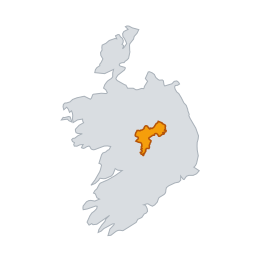 Offaly highlighted on a map of Ireland, rotated 344°
{"feature_id": "IRL-716", "entity_name": "Offaly", "entity_type": "County", "adm_level": 1, "iso_a3": "IRL", "parent_name": "Ireland", "parent_adm1": "", "projection": "mercator", "projection_center": [-7.645, 53.14], "detail": "fine", "context": "in_parent", "style": "filled", "palette": "amber", "viewbox_px": 256, "rotation_deg": 344, "n_neighbors": 0, "source": "natural_earth", "source_scale": "10m", "svg_char_len": 6685}
<svg xmlns="http://www.w3.org/2000/svg" viewBox="0 0 256 256"><g transform="rotate(344 128 128)"><path d="M157.8,44.1L153.0,47.5L152.3,48.8L151.0,53.9L150.8,55.4L147.8,61.1L146.1,62.2L143.6,63.1L142.2,64.1L140.4,63.6L138.1,63.7L137.0,64.7L137.0,65.5L137.7,66.4L141.9,69.0L141.7,70.1L140.5,71.3L132.9,74.4L130.7,76.2L129.9,77.4L130.7,79.4L136.7,85.5L137.8,86.2L138.6,89.7L144.0,91.2L146.1,93.4L148.0,93.9L152.1,93.7L153.7,94.5L154.6,93.9L155.1,92.7L159.7,88.5L158.3,85.2L162.9,79.7L164.1,79.8L166.3,81.5L168.1,83.8L168.6,87.0L170.3,89.7L171.4,90.7L174.3,91.3L175.0,92.4L174.5,96.4L174.9,97.7L182.4,97.6L185.3,95.9L187.9,96.2L189.2,98.0L189.7,99.9L187.5,100.6L185.2,100.2L184.1,101.4L184.0,103.8L184.8,106.8L186.3,108.9L187.6,113.7L188.6,119.1L190.2,122.3L190.5,126.3L190.3,128.2L190.6,131.7L189.9,132.9L190.4,136.2L193.1,146.8L193.6,155.0L192.3,158.1L190.5,161.0L189.4,164.4L188.5,168.1L187.9,174.1L184.1,181.0L182.4,182.8L180.5,183.8L184.7,188.7L181.3,190.9L177.6,191.5L173.5,190.3L170.9,190.5L167.7,193.0L166.9,192.5L165.4,188.6L164.3,192.7L161.9,194.0L157.9,193.7L151.1,194.8L148.5,195.9L147.4,197.8L146.6,199.9L145.6,201.1L144.4,201.8L139.2,203.3L138.1,203.9L135.7,207.3L132.5,209.3L129.9,209.9L127.6,207.9L126.6,206.7L125.5,206.1L122.0,206.2L123.1,206.8L123.8,208.2L124.2,210.9L123.8,213.5L122.0,214.8L119.9,215.1L116.6,217.8L112.2,218.5L109.8,221.0L95.3,225.2L94.4,225.2L92.4,224.2L90.3,223.7L88.1,224.0L82.0,226.4L79.1,225.9L82.8,220.1L87.9,217.1L88.4,216.3L86.7,215.9L77.1,218.0L73.8,219.7L70.5,220.2L72.0,217.6L76.3,213.9L80.0,211.5L81.6,209.4L86.2,206.9L71.6,211.9L67.7,211.3L66.8,209.9L63.8,210.6L62.7,207.2L67.1,202.0L69.7,199.8L72.8,198.6L75.7,196.9L76.8,194.8L75.4,194.1L66.6,194.6L62.4,194.2L62.6,192.5L63.4,190.6L67.7,187.5L70.1,187.0L72.2,187.3L76.0,189.1L81.0,188.5L78.9,186.5L78.5,182.4L76.9,181.0L79.0,179.0L81.3,177.9L85.2,173.9L86.5,173.3L94.2,172.3L102.5,170.2L110.7,167.3L106.5,165.7L104.5,163.5L101.2,167.9L98.9,169.5L92.3,170.4L90.2,169.9L87.3,168.6L86.4,169.1L85.5,170.1L81.2,172.2L76.6,172.8L81.9,168.9L88.7,162.3L90.2,160.2L92.3,156.5L91.7,154.9L90.3,154.0L95.2,146.5L96.9,145.1L100.0,144.9L102.4,143.7L103.4,143.7L104.3,143.2L106.3,141.0L103.2,139.5L100.0,138.8L90.0,139.6L88.7,139.4L87.5,138.7L86.7,137.7L86.1,135.1L85.4,134.6L83.1,134.6L80.9,135.3L79.4,135.3L77.8,134.1L80.3,131.5L77.1,130.9L74.0,131.4L71.4,130.6L71.3,128.9L72.5,127.3L70.9,125.7L70.6,123.7L72.2,122.8L74.1,123.1L77.8,121.6L82.5,120.9L78.4,119.5L76.8,118.2L76.7,116.3L77.1,114.7L81.8,111.9L86.8,110.7L86.4,108.9L86.8,106.9L81.7,106.3L76.7,107.7L77.2,103.9L78.4,100.5L78.7,98.3L78.4,95.9L76.1,96.9L75.8,93.5L74.8,91.1L71.3,92.8L71.4,89.7L72.4,87.5L74.2,86.6L76.0,87.0L79.4,86.9L82.6,85.3L87.3,84.9L94.7,85.4L99.8,90.0L101.1,89.2L103.2,86.3L104.1,86.0L111.8,87.2L116.6,88.9L117.9,88.4L117.2,85.1L115.5,82.9L117.6,80.0L120.1,78.0L121.8,77.0L125.7,75.8L127.4,74.6L128.5,70.8L130.3,67.7L120.5,69.3L111.3,65.6L112.8,62.9L114.7,61.4L118.1,60.3L118.4,58.9L120.1,57.7L122.9,54.7L121.9,50.8L122.4,47.9L124.5,46.0L125.1,43.2L126.0,41.2L130.1,40.5L134.1,38.7L140.2,38.4L141.8,39.2L141.4,35.9L144.3,35.4L145.4,36.1L145.9,38.4L147.2,39.9L147.6,42.5L146.8,44.5L145.3,46.0L146.6,47.6L144.6,50.4L146.8,49.2L150.0,46.5L149.8,44.2L149.3,41.3L148.4,38.7L148.8,35.9L150.6,34.1L155.3,33.2L153.4,29.9L155.1,29.6L157.0,30.3L159.7,32.9L165.5,36.4L162.7,39.5L159.2,41.7L157.8,44.1ZM75.7,105.2L75.5,106.7L73.3,104.8L72.2,102.8L66.1,101.9L68.6,99.9L69.9,100.5L74.2,100.6L75.4,101.4L75.7,105.2Z" fill="#d9dde1" stroke="#a8b0b8" stroke-width="1"/><path d="M162.2,132.5L162.1,133.0L164.3,135.2L164.6,135.6L164.7,135.9L164.6,136.1L164.5,136.3L164.5,136.7L164.4,136.9L164.4,137.0L164.1,137.1L164.0,137.3L163.9,137.6L163.9,138.2L163.9,138.6L163.8,138.8L163.7,138.9L163.5,139.2L162.7,139.8L162.5,140.1L162.8,140.3L163.1,140.4L163.5,140.4L163.9,140.6L164.0,140.8L163.9,141.0L163.7,141.5L163.6,141.8L163.4,142.0L160.9,142.1L160.5,142.0L160.3,142.0L160.1,142.1L160.1,142.3L161.3,142.7L161.6,143.0L161.0,143.7L160.6,143.8L160.2,143.7L158.9,143.7L158.3,143.8L158.1,144.0L157.1,144.5L156.6,144.6L155.8,144.6L155.5,144.5L155.3,144.4L155.2,144.2L155.1,143.9L155.0,143.7L154.9,142.9L154.2,141.6L154.1,141.4L153.9,141.3L153.5,141.0L153.2,140.9L152.2,141.0L151.9,141.2L151.8,141.3L151.7,141.5L151.7,141.9L151.6,142.1L151.4,142.2L151.2,142.2L150.2,141.9L149.8,141.9L149.6,141.9L145.6,143.2L145.3,143.3L145.2,143.6L145.1,143.8L145.1,144.0L145.2,144.4L145.2,144.5L145.4,144.8L146.2,146.0L146.4,146.3L146.5,146.4L146.6,146.5L146.5,146.9L146.3,147.2L146.2,147.3L146.2,147.5L145.9,147.9L145.1,148.5L144.9,148.8L144.7,149.3L144.6,149.6L144.4,149.7L143.9,150.1L143.8,150.4L143.6,150.7L143.5,151.4L143.4,152.1L143.3,152.3L143.3,152.5L143.2,152.6L142.9,153.0L142.5,153.5L140.5,152.8L139.9,152.9L139.6,153.3L139.3,153.6L138.9,153.9L138.7,154.0L138.8,154.3L138.8,154.5L138.9,154.8L138.6,155.2L138.6,155.3L137.6,156.1L137.2,156.5L136.7,157.2L136.5,157.3L136.3,157.3L136.2,157.2L136.0,156.9L135.8,156.8L135.7,156.9L135.7,157.1L135.9,157.8L135.8,158.0L135.7,158.3L135.3,158.7L135.1,158.7L134.9,158.6L134.7,158.2L134.7,157.9L134.7,157.7L134.5,157.4L134.4,157.3L133.9,157.1L133.7,157.0L133.5,156.8L133.4,156.7L133.4,156.3L133.4,156.0L133.4,155.8L133.3,155.6L133.1,155.3L133.0,155.2L133.0,154.9L133.2,154.7L133.4,154.7L133.5,154.8L134.0,155.0L134.3,155.0L134.5,154.9L134.8,154.7L135.0,154.5L135.1,154.3L135.2,154.2L135.2,153.8L135.2,153.6L135.1,153.4L134.6,152.7L134.5,152.4L134.5,152.2L134.6,151.9L134.8,151.8L135.5,151.9L135.8,151.8L135.9,151.7L135.8,151.4L135.6,151.0L135.5,150.9L135.5,150.7L135.5,150.3L135.5,150.1L135.5,149.9L135.6,149.7L135.8,149.5L136.2,149.4L136.3,149.4L136.5,149.2L136.5,148.9L136.5,148.5L136.5,148.3L136.6,148.1L136.6,147.9L136.8,147.6L136.8,147.4L136.8,147.2L136.7,146.9L136.6,146.7L136.5,146.2L136.3,145.8L136.2,145.6L134.1,144.5L132.0,142.8L133.1,142.0L134.4,141.5L135.0,140.9L135.2,140.1L135.0,139.5L133.3,138.2L132.9,137.7L132.9,137.2L133.0,136.7L133.7,135.6L133.9,135.1L134.2,134.8L135.4,133.7L136.0,132.9L137.4,133.2L137.6,133.3L137.8,133.5L138.1,133.7L138.4,133.8L138.5,133.9L138.7,134.0L138.9,134.0L139.1,133.7L139.5,133.6L140.7,133.8L141.6,133.6L143.2,133.0L143.4,132.8L143.4,132.6L143.5,132.4L143.5,132.2L144.2,131.5L145.2,130.8L145.4,130.8L145.7,130.8L146.2,130.9L146.7,131.3L147.2,131.6L147.3,131.7L147.3,131.8L147.4,132.2L147.6,133.1L147.7,133.3L148.0,134.1L148.4,134.7L148.5,134.8L148.7,135.0L148.8,134.9L148.9,134.7L148.9,134.3L149.0,134.2L149.4,134.2L149.6,134.3L149.8,134.6L150.0,134.6L150.4,134.7L150.6,134.7L150.8,135.0L151.0,135.1L151.4,135.0L153.3,134.2L156.2,131.6L156.3,131.5L156.6,131.4L157.8,131.2L158.1,130.9L158.9,129.9L162.2,132.5Z" fill="#f59e0b" stroke="#b45309" stroke-width="1.5"/></g></svg>